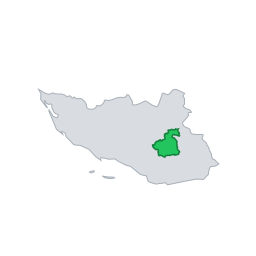 Comayagua on a map of Honduras (Mercator projection), rotated 208°
{"feature_id": "HND-646", "entity_name": "Comayagua", "entity_type": "Department", "adm_level": 1, "iso_a3": "HND", "parent_name": "Honduras", "parent_adm1": "", "projection": "mercator", "projection_center": [-87.57, 14.554], "detail": "fine", "context": "in_parent", "style": "filled", "palette": "green", "viewbox_px": 256, "rotation_deg": 208, "n_neighbors": 0, "source": "natural_earth", "source_scale": "10m", "svg_char_len": 5125}
<svg xmlns="http://www.w3.org/2000/svg" viewBox="0 0 256 256"><g transform="rotate(208 128 128)"><path d="M225.1,120.2L217.1,119.8L213.3,120.8L211.6,123.0L210.2,124.0L209.0,123.8L206.6,124.7L202.9,126.7L199.6,127.4L196.7,127.0L195.9,127.4L195.6,128.1L195.2,128.7L194.0,129.1L192.7,128.9L191.3,128.2L190.5,128.5L190.4,129.8L189.6,130.2L188.1,129.5L186.4,130.0L184.6,131.6L181.9,131.9L178.5,131.0L175.9,129.3L174.1,126.8L171.8,126.2L167.9,128.0L166.3,130.2L165.9,131.5L166.3,132.7L165.6,133.5L163.8,133.9L162.4,135.4L161.5,137.9L161.3,139.9L161.8,141.3L160.9,142.3L158.6,142.9L155.7,145.1L152.5,148.9L149.3,151.5L146.1,152.9L144.6,154.6L144.7,156.4L144.5,156.9L143.9,157.1L142.8,157.4L136.7,153.5L134.9,150.7L133.3,151.2L131.4,152.5L128.7,155.6L125.8,159.8L124.3,160.2L117.0,159.6L113.2,160.0L112.4,160.6L112.0,162.1L112.2,164.1L113.3,171.5L113.9,174.5L113.3,175.4L111.3,175.6L108.8,176.0L107.4,177.4L107.1,178.8L106.9,180.8L106.1,182.8L104.5,184.3L103.0,184.8L94.3,185.2L94.4,181.8L91.9,180.5L90.5,177.6L89.2,175.7L89.6,174.6L89.5,173.2L86.0,172.2L82.7,173.0L80.7,172.5L79.3,171.7L81.8,170.0L81.9,169.0L81.1,168.3L80.4,167.8L80.6,165.9L81.1,163.7L82.4,158.4L81.9,157.5L79.7,155.9L76.9,155.8L73.8,156.2L72.3,155.4L71.0,153.6L68.8,152.8L64.9,154.2L60.7,156.4L59.5,157.2L58.4,157.1L57.9,155.4L57.7,153.5L57.5,153.0L55.3,152.4L52.7,151.9L51.4,151.3L50.1,150.0L47.0,148.3L46.3,147.1L42.2,144.2L41.4,142.8L40.4,141.7L38.4,140.4L36.9,140.7L31.7,139.1L30.9,138.9L31.6,137.5L33.2,135.2L36.8,132.8L37.1,130.7L36.2,126.9L35.2,124.4L35.8,123.2L36.9,118.7L37.7,117.7L42.9,115.4L43.4,115.1L47.5,111.9L52.1,108.3L56.8,104.4L62.1,100.0L65.0,97.5L66.4,96.4L69.4,97.3L71.8,95.2L73.2,94.5L76.4,92.0L77.4,91.5L82.9,90.4L85.5,90.5L87.8,93.0L89.6,94.4L93.0,93.2L95.9,92.9L107.7,95.3L112.4,94.2L121.1,94.0L125.0,94.6L130.5,91.3L134.0,90.6L138.1,89.0L137.6,87.5L136.6,86.7L142.9,87.4L152.3,90.8L162.3,90.2L165.9,88.4L168.3,87.9L178.5,91.3L181.2,94.0L183.3,94.2L185.0,93.6L185.4,93.1L183.4,92.5L182.5,91.7L190.6,93.3L205.8,105.8L206.1,106.9L199.6,103.2L196.2,103.4L195.3,104.0L195.5,106.1L195.8,107.0L197.3,107.1L198.4,106.6L201.0,107.2L202.8,108.6L205.0,110.6L206.3,112.9L207.7,112.9L209.0,111.6L211.6,111.4L213.3,112.9L214.5,112.8L212.8,110.5L208.9,108.2L209.8,108.1L218.5,112.2L221.0,117.5L223.0,118.7L225.1,120.2ZM123.0,75.2L118.0,77.7L116.4,77.7L118.7,75.7L122.4,74.0L125.6,73.2L128.1,73.6L123.0,75.2ZM140.2,72.5L137.8,74.4L137.4,73.5L138.5,71.8L140.0,70.8L141.3,70.9L141.0,71.6L140.2,72.5Z" fill="#d9dde1" stroke="#a8b0b8" stroke-width="1"/><path d="M71.2,130.9L71.6,130.2L71.3,129.4L71.1,129.0L71.1,128.6L71.2,128.4L71.3,128.2L71.7,128.1L71.9,127.9L72.8,126.9L73.9,126.7L74.0,125.3L74.1,125.9L74.3,126.2L74.7,126.4L77.2,124.6L77.6,124.0L78.3,123.3L78.4,123.2L79.1,123.1L79.7,122.8L81.1,121.7L81.6,121.2L81.8,120.5L81.8,119.5L84.7,119.4L85.1,119.5L86.4,119.2L86.6,118.9L87.5,118.2L87.8,118.2L88.0,118.3L88.4,118.5L88.6,118.8L89.0,119.3L89.1,119.6L89.2,120.0L89.3,120.2L89.4,120.4L89.6,120.5L89.9,120.6L90.0,120.7L90.1,120.8L90.3,120.9L90.4,121.1L90.4,121.3L90.4,121.6L90.5,121.9L90.6,122.2L90.6,122.3L90.7,122.5L90.8,122.8L91.3,123.0L91.7,123.0L92.5,122.6L93.1,122.0L93.9,122.1L95.0,122.4L95.3,122.6L95.5,122.7L95.9,122.5L96.1,122.5L96.3,122.6L97.1,123.3L97.7,123.6L97.8,123.7L98.0,123.9L98.0,124.1L98.3,124.6L97.8,125.0L97.1,125.0L96.9,125.3L96.8,125.6L96.7,126.1L96.9,126.6L97.0,127.7L96.8,128.5L96.5,129.4L96.5,129.5L96.4,129.7L96.2,129.9L96.1,130.0L95.9,130.0L95.7,130.1L95.4,130.3L95.2,130.4L95.0,130.5L95.0,130.8L94.9,130.8L94.7,130.7L94.6,130.8L94.7,131.1L94.7,131.3L94.6,131.9L94.1,132.7L93.8,132.7L93.6,132.7L93.4,132.6L93.3,132.4L93.2,132.3L92.9,132.3L92.7,132.2L92.3,132.1L92.2,132.2L92.2,132.3L92.2,132.8L92.2,133.0L92.1,133.3L91.8,133.9L90.2,135.5L90.3,136.0L90.5,136.5L90.7,136.8L91.2,137.1L91.9,137.8L92.0,137.9L92.1,138.0L92.1,138.3L92.0,138.5L91.9,138.6L92.0,138.8L92.7,139.4L92.8,139.6L92.5,140.3L91.7,141.4L91.5,141.5L91.3,141.6L90.9,141.4L90.7,141.4L90.4,141.6L90.3,142.0L90.4,143.3L90.4,143.6L90.5,143.8L90.7,144.0L90.9,144.2L91.0,144.3L91.3,144.3L91.5,144.6L91.5,144.8L91.5,145.0L91.4,145.2L91.1,145.3L90.3,145.5L89.7,145.9L89.4,146.6L89.2,147.0L88.8,147.2L87.9,147.6L86.9,147.7L86.7,147.7L86.5,147.8L86.3,148.0L85.6,148.8L85.6,149.5L84.5,149.6L84.1,149.9L83.2,150.7L83.2,149.6L83.0,149.3L82.8,149.0L82.5,148.8L81.9,148.3L81.6,148.1L81.2,148.0L80.9,147.9L80.4,147.7L80.2,147.5L80.3,147.3L80.3,147.2L80.5,146.7L80.1,146.2L79.0,145.7L78.9,145.1L79.0,144.9L79.4,144.9L80.5,144.6L81.2,144.6L81.7,144.6L82.0,144.5L82.7,144.2L83.0,144.1L83.4,143.8L83.9,143.9L84.4,143.7L84.7,143.6L84.8,143.5L85.1,143.1L85.2,142.7L85.2,142.1L85.1,141.5L85.0,141.2L84.6,140.4L84.4,140.3L83.0,140.9L82.8,140.8L82.4,140.8L81.8,140.6L81.5,140.4L80.5,140.2L80.4,140.1L80.1,139.8L78.9,139.4L78.4,139.0L78.1,138.5L78.2,138.4L78.3,138.3L78.3,138.2L78.0,137.6L77.0,136.4L76.7,136.0L76.7,135.7L76.7,135.4L76.6,135.2L76.4,135.1L75.6,134.7L75.4,134.5L75.2,134.1L75.1,133.9L75.1,133.6L75.0,133.4L74.8,132.9L74.5,132.6L73.9,132.3L73.4,132.0L72.3,131.7L72.1,131.6L71.8,131.5L71.6,131.5L71.2,130.9Z" fill="#22c55e" stroke="#15803d" stroke-width="1.5"/></g></svg>